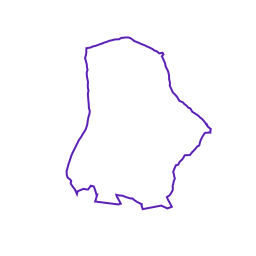 Uhunmwonde, Edo, Nigeria, rotated 336°
{"feature_id": "59680162B15998169506024", "entity_name": "Uhunmwonde", "entity_type": "district", "adm_level": 2, "iso_a3": "NGA", "parent_name": "Nigeria", "parent_adm1": "Edo", "projection": "mercator", "projection_center": [5.917, 6.501], "detail": "fine", "context": "isolated", "style": "outline", "palette": "violet", "viewbox_px": 256, "rotation_deg": 336, "n_neighbors": 0, "source": "geoboundaries", "source_scale": "gbopen_adm2", "svg_char_len": 2880}
<svg xmlns="http://www.w3.org/2000/svg" viewBox="0 0 256 256"><g transform="rotate(336 128 128)"><path d="M122.4,38.2L120.3,42.7L119.2,44.3L117.3,46.5L116.2,53.2L115.4,55.2L114.6,58.6L113.2,60.0L112.1,62.2L111.3,64.8L110.8,67.0L110.0,70.2L108.7,72.4L108.4,73.4L107.7,74.8L107.2,77.6L105.2,80.5L103.6,85.0L103.1,86.4L102.0,89.8L100.3,94.1L100.1,96.7L98.7,99.2L96.5,101.7L94.1,105.1L92.2,108.2L90.8,109.9L88.4,112.4L86.7,113.5L86.2,113.9L84.0,115.3L81.3,117.3L78.3,119.0L76.7,120.4L75.0,121.8L67.2,128.2L66.4,128.9L64.7,130.5L61.5,134.1L59.6,136.1L58.2,137.7L57.4,138.7L56.3,140.1L55.5,141.2L54.4,142.3L53.9,143.7L53.3,144.9L52.8,146.8L52.8,148.2L52.8,149.1L53.3,149.9L54.1,151.3L54.6,152.9L54.4,153.8L53.6,154.3L53.1,155.5L53.3,156.9L53.6,158.6L53.9,160.2L54.5,162.4L54.5,163.0L54.5,167.6L56.2,165.3L62.7,165.5L63.3,166.0L65.1,167.3L66.7,167.9L70.5,165.6L71.0,166.3L71.4,166.2L71.7,166.3L72.3,167.0L72.7,167.4L73.0,167.6L72.8,170.0L72.8,170.4L72.3,174.8L72.0,176.3L72.7,176.4L68.6,181.3L68.1,181.8L75.8,186.5L88.1,193.9L90.6,194.2L90.3,189.6L90.2,188.2L89.9,186.3L90.2,184.3L91.5,185.4L95.3,187.5L98.7,190.9L100.1,192.1L101.9,193.5L103.3,194.1L104.3,196.1L105.1,197.5L106.4,199.5L107.7,200.9L108.5,202.1L109.6,203.2L108.9,203.9L108.4,208.1L126.8,212.4L131.3,217.5L136.0,217.8L135.4,209.7L135.4,206.9L137.2,206.6L138.6,206.4L140.7,205.2L143.5,203.0L144.5,201.3L145.1,199.2L146.8,197.3L147.8,195.6L149.7,193.7L150.1,193.4L150.4,192.2L151.5,186.4L153.8,184.1L154.9,183.1L156.6,181.5L159.0,181.9L161.3,180.0L165.1,178.6L168.8,176.0L173.5,177.9L177.0,176.1L179.9,175.0L183.7,173.1L186.0,172.9L187.7,170.7L189.2,168.9L192.4,166.2L195.7,164.1L196.6,163.9L197.6,164.1L199.2,164.9L200.3,165.0L201.3,165.7L201.7,164.7L202.2,164.2L202.4,163.8L202.5,163.4L202.8,163.2L202.8,162.9L203.0,162.7L203.2,162.3L202.7,161.7L202.3,160.8L201.3,158.9L201.4,158.5L201.4,157.7L201.6,157.6L201.5,156.9L201.1,157.2L200.8,156.0L200.8,154.9L200.2,152.7L199.4,149.9L198.3,148.2L197.5,146.0L196.6,144.1L195.5,142.8L194.9,141.6L193.4,139.5L193.3,139.4L193.1,136.8L192.8,135.4L191.4,134.0L190.9,132.6L190.6,131.5L190.0,130.4L189.2,129.0L188.7,127.1L186.9,125.0L186.0,124.2L185.9,123.2L185.4,119.0L184.5,116.5L183.4,113.4L183.4,111.7L183.4,109.2L183.4,107.8L183.4,106.1L184.2,105.0L185.0,102.7L185.3,100.5L186.1,98.5L186.9,96.6L187.5,93.5L187.7,91.5L187.4,87.9L187.7,85.9L187.9,85.1L188.2,83.7L188.2,80.0L188.2,78.3L188.2,76.9L188.1,76.2L190.3,75.2L190.1,73.3L187.0,72.6L185.5,69.7L184.0,68.2L183.3,67.5L182.7,66.1L181.1,64.1L179.7,62.5L178.5,61.2L178.3,61.1L177.3,59.7L175.9,58.3L174.2,56.6L172.9,55.0L171.5,53.6L169.6,51.6L169.0,51.1L168.8,50.3L166.8,46.9L165.1,45.4L161.8,44.0L159.9,43.5L158.5,42.9L155.9,43.3L153.2,42.2L151.3,41.6L148.8,41.3L146.9,40.8L143.3,40.6L141.1,40.3L138.7,40.3L135.7,40.0L132.2,39.8L131.5,39.7L129.2,39.2L126.7,39.3L122.4,38.2Z" fill="none" stroke="#5b21b6" stroke-width="2"/></g></svg>